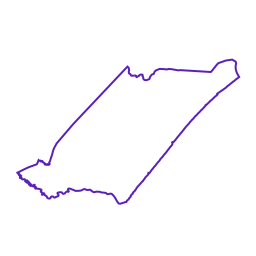 outline of Tak Bai, Narathiwat, Thailand, rotated 95°
{"feature_id": "78962969B25686112002312", "entity_name": "Tak Bai", "entity_type": "district", "adm_level": 2, "iso_a3": "THA", "parent_name": "Thailand", "parent_adm1": "Narathiwat", "projection": "mercator", "projection_center": [102.027, 6.239], "detail": "fine", "context": "isolated", "style": "outline", "palette": "violet", "viewbox_px": 256, "rotation_deg": 95, "n_neighbors": 0, "source": "geoboundaries", "source_scale": "gbopen_adm2", "svg_char_len": 5828}
<svg xmlns="http://www.w3.org/2000/svg" viewBox="0 0 256 256"><g transform="rotate(95 128 128)"><path d="M66.2,97.1L66.3,100.5L66.5,101.9L67.0,102.9L68.1,105.0L69.1,106.0L69.9,106.5L71.9,107.1L72.0,107.6L72.6,108.7L73.0,109.1L74.3,110.0L74.7,110.2L75.7,110.6L76.0,110.7L76.5,110.7L77.4,111.0L78.6,113.5L78.8,114.4L78.8,115.1L78.7,115.6L78.5,116.1L78.1,116.6L77.8,116.9L77.5,117.0L75.9,117.4L75.0,118.1L74.6,118.1L74.2,118.0L73.7,118.2L73.6,118.5L73.6,119.6L73.9,120.6L74.6,121.5L75.2,121.7L75.4,122.0L75.9,123.1L76.6,123.7L76.6,123.8L76.5,124.1L75.4,124.5L75.1,125.0L75.2,126.2L75.5,127.8L75.5,128.2L75.6,128.9L75.6,129.3L75.2,129.7L74.2,130.2L73.9,131.1L73.8,131.4L73.6,131.6L72.2,132.1L71.4,132.1L70.7,131.9L70.4,131.9L68.4,132.4L67.8,132.8L66.9,133.9L67.8,134.6L128.7,182.8L149.5,197.7L153.6,199.5L156.0,200.4L157.3,200.6L157.8,200.8L160.8,201.2L162.4,201.6L163.3,201.9L163.9,201.9L164.6,202.2L167.0,202.6L168.4,203.0L168.9,203.4L169.2,203.5L169.5,203.5L170.6,202.9L170.8,202.9L171.5,203.6L171.7,204.3L171.6,204.5L171.0,204.9L171.0,205.1L171.2,205.3L171.7,205.5L171.8,205.9L171.7,206.3L171.5,206.8L170.8,207.2L170.7,207.4L170.9,207.5L171.5,207.4L171.6,207.5L171.2,208.0L170.3,208.4L170.0,208.7L169.7,209.1L169.6,209.8L169.5,210.0L168.7,210.2L168.4,210.4L168.4,211.0L168.9,211.5L169.0,211.8L168.9,212.0L168.5,212.0L168.4,212.1L168.6,212.6L168.4,212.8L168.1,213.0L168.3,213.7L168.2,214.0L167.9,214.3L171.6,215.4L172.4,216.3L175.1,222.2L176.1,224.2L178.2,227.8L181.9,233.8L182.1,234.3L182.5,234.1L182.8,233.8L183.0,232.8L183.2,232.3L183.6,232.2L184.2,232.6L184.4,232.5L184.5,232.3L184.2,231.8L184.3,231.3L184.6,230.7L185.0,230.3L185.1,230.2L185.3,230.3L185.4,230.5L185.6,231.1L185.9,231.3L186.3,231.4L186.7,231.4L187.0,231.3L187.2,231.2L187.3,230.8L186.9,230.0L186.9,229.7L187.0,229.6L187.6,229.5L187.9,229.3L188.2,229.1L188.4,228.7L188.4,228.4L188.1,227.1L188.1,226.6L188.2,226.3L188.4,226.0L188.9,225.8L190.0,225.8L190.2,225.5L190.2,225.4L189.4,225.0L189.1,224.6L189.0,224.2L189.1,223.7L189.3,223.5L189.6,223.5L190.5,224.4L190.8,224.4L191.1,224.3L191.2,224.1L191.3,223.8L191.3,223.4L190.9,223.0L190.2,222.7L190.2,222.3L191.2,221.5L191.6,221.0L191.9,221.1L192.0,221.6L192.2,221.9L192.4,222.0L192.6,222.0L192.9,221.8L193.4,220.9L194.0,220.4L194.1,220.1L194.2,219.9L194.0,219.7L193.1,219.8L192.7,219.7L192.7,219.4L192.9,219.2L193.3,219.3L193.7,219.2L194.1,218.4L194.3,217.9L194.2,217.6L193.7,217.2L192.8,216.7L192.7,216.5L192.7,216.2L193.0,215.9L193.3,216.0L193.6,216.1L194.2,216.5L194.5,216.6L194.8,216.4L194.8,215.2L194.9,214.7L195.1,214.7L195.3,214.7L195.9,215.2L196.4,215.0L196.5,214.7L196.2,213.7L196.2,213.2L196.4,212.4L196.4,211.2L196.9,209.1L197.1,208.9L197.4,208.8L198.6,209.4L198.9,209.4L199.1,209.3L199.4,209.0L199.7,208.0L199.9,207.7L200.1,207.5L200.6,207.6L201.5,208.0L201.8,208.0L201.9,207.9L202.0,207.5L201.8,207.0L201.5,206.8L200.5,206.3L200.4,206.1L200.4,205.9L200.5,205.7L201.9,205.2L202.2,205.0L202.4,204.7L202.7,203.7L202.8,203.5L203.0,203.2L204.3,202.5L204.7,202.2L204.9,201.8L205.2,200.4L205.1,200.0L204.9,199.6L204.5,199.2L203.3,198.6L203.0,198.3L202.8,198.0L202.8,197.2L202.8,196.8L203.1,196.2L203.6,195.6L203.7,195.0L203.5,194.4L202.6,193.2L202.4,192.6L202.2,192.0L202.0,191.7L201.8,191.5L201.4,191.3L200.9,191.3L199.7,192.3L199.1,192.6L198.7,192.5L198.4,192.0L198.0,190.4L197.8,189.4L197.8,189.0L197.9,188.6L198.3,188.0L198.9,187.3L199.2,186.9L199.2,186.3L198.9,185.7L198.6,185.3L196.8,183.8L196.6,183.2L196.7,181.9L196.7,181.7L196.4,181.5L196.2,181.5L195.0,182.3L194.5,182.5L194.0,182.4L193.5,181.9L193.4,181.3L193.5,180.3L194.0,178.7L194.5,176.8L195.1,175.3L195.2,174.5L194.8,171.2L194.5,169.8L194.1,168.8L193.0,167.1L192.7,166.4L192.7,165.7L193.2,163.8L193.3,163.3L193.3,162.5L192.9,161.3L192.8,160.3L194.2,158.1L194.6,157.4L194.9,156.6L194.8,155.8L194.2,154.1L194.1,152.2L194.0,150.7L194.5,148.8L194.5,146.8L194.6,144.6L194.7,144.3L195.5,143.1L195.7,142.8L195.6,142.1L194.9,139.5L195.0,138.7L195.3,138.1L195.6,137.7L197.8,135.4L202.0,132.5L203.4,131.3L203.9,130.8L204.1,130.3L204.1,129.1L203.8,128.3L202.3,124.7L201.8,123.2L201.5,123.2L200.5,122.7L200.0,122.3L199.1,121.2L198.1,120.9L196.1,119.3L195.7,119.4L195.4,119.4L195.0,119.2L194.1,118.7L193.0,117.5L192.5,117.6L191.8,117.3L189.9,115.6L189.2,115.4L188.6,114.9L186.3,113.8L185.9,113.5L183.3,111.5L180.4,109.4L179.4,108.4L178.2,107.9L177.3,107.1L176.5,106.8L175.6,106.3L173.8,104.8L172.5,103.8L172.0,103.7L171.8,103.7L171.6,103.9L171.0,103.7L171.1,103.4L171.2,102.9L171.0,102.7L167.0,100.3L166.5,99.8L164.6,98.7L162.9,97.3L162.2,97.0L161.2,96.3L160.8,96.1L160.1,95.5L159.0,94.8L158.1,94.0L156.6,93.2L156.1,93.0L155.3,92.3L153.3,90.8L152.8,90.6L152.1,90.1L151.6,89.9L151.1,89.4L148.3,87.4L147.5,87.0L143.9,84.7L141.1,82.7L140.0,82.3L139.4,82.5L138.6,82.8L138.3,82.7L137.9,81.9L138.0,81.8L138.1,81.6L137.6,81.0L136.5,80.3L136.1,79.9L135.7,79.7L133.5,78.3L132.8,77.9L132.2,77.4L131.4,76.9L130.5,76.2L129.3,75.5L126.9,73.7L126.6,73.6L125.4,72.7L124.9,72.5L124.3,72.0L123.7,71.8L123.1,71.2L122.3,70.8L120.2,69.2L119.0,68.2L118.5,68.0L117.9,67.4L116.7,66.8L115.9,66.1L114.2,64.9L113.2,63.9L112.2,63.3L111.5,62.7L110.1,61.8L109.1,60.7L107.6,59.7L106.2,58.4L104.9,57.4L104.0,56.8L103.1,55.8L102.7,55.6L102.1,55.0L100.4,53.8L99.2,52.8L98.8,52.7L98.6,52.8L98.2,52.4L98.3,52.3L98.2,52.0L95.0,49.3L94.7,48.9L94.3,48.8L93.2,47.6L91.8,46.3L89.9,44.7L87.2,42.0L87.1,41.9L86.8,42.2L86.6,42.2L86.2,42.2L85.4,41.4L81.0,36.0L80.4,35.4L79.5,34.2L78.8,33.5L78.1,33.1L77.7,32.5L77.2,32.2L76.2,30.8L75.9,30.7L75.2,30.0L74.6,29.3L73.4,28.0L73.0,27.8L71.9,26.3L71.5,26.0L70.9,25.3L70.4,24.9L69.7,24.2L68.5,22.7L67.8,22.1L67.5,21.7L63.9,24.2L60.4,25.7L57.1,26.2L53.9,25.9L52.4,26.7L50.8,30.2L52.3,36.5L55.5,43.6L57.3,45.1L62.8,48.7L65.0,50.4L65.8,81.2L66.2,82.8L65.6,89.8L65.6,92.9L66.0,93.5L66.3,94.5L66.2,97.1Z" fill="none" stroke="#5b21b6" stroke-width="2"/></g></svg>